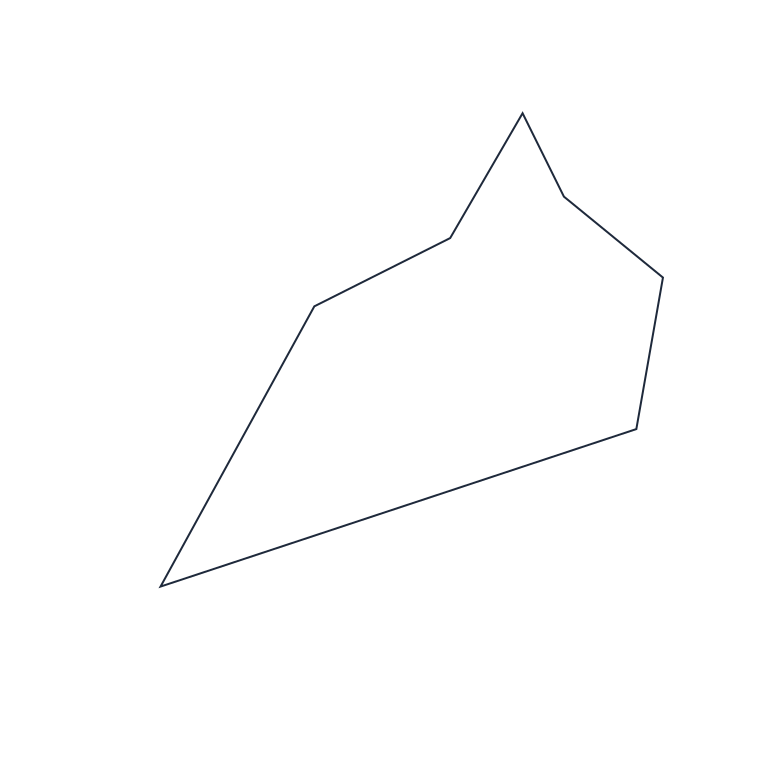 North Hill, Robinson projection, rotated 150°
{"feature_id": "AIA-5118", "entity_name": "North Hill", "entity_type": "District", "adm_level": 1, "iso_a3": "AIA", "parent_name": "Anguilla", "parent_adm1": "", "projection": "robinson", "projection_center": [-63.07, 18.224], "detail": "fine", "context": "isolated", "style": "outline", "palette": "slate", "viewbox_px": 768, "rotation_deg": 150, "n_neighbors": 0, "source": "natural_earth", "source_scale": "10m", "svg_char_len": 260}
<svg xmlns="http://www.w3.org/2000/svg" viewBox="0 0 768 768"><g transform="rotate(150 384 384)"><path d="M89.2,336.7L188.0,218.8L678.8,320.3L405.5,486.1L253.7,477.3L128.6,549.2L134.5,456.3L89.2,336.7Z" fill="none" stroke="#1e293b" stroke-width="2"/></g></svg>